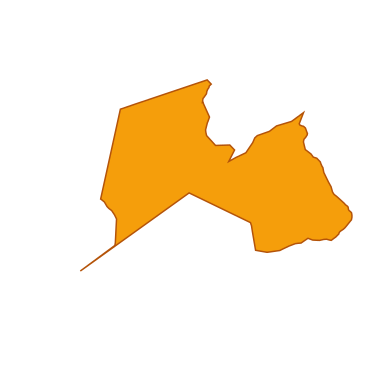 outline of San Juan Coatzóspam, Oaxaca, Mexico, rotated 243°
{"feature_id": "50627088B11377983715698", "entity_name": "San Juan Coatzóspam", "entity_type": "district", "adm_level": 2, "iso_a3": "MEX", "parent_name": "Mexico", "parent_adm1": "Oaxaca", "projection": "equal_earth", "projection_center": [-96.749, 18.072], "detail": "fine", "context": "isolated", "style": "filled", "palette": "amber", "viewbox_px": 384, "rotation_deg": 243, "n_neighbors": 0, "source": "geoboundaries", "source_scale": "gbopen_adm2", "svg_char_len": 1754}
<svg xmlns="http://www.w3.org/2000/svg" viewBox="0 0 384 384"><g transform="rotate(243 192 192)"><path d="M192.5,189.0L138.2,230.2L135.8,229.8L135.2,229.8L129.2,227.8L120.2,225.0L111.2,222.2L109.3,224.7L104.2,231.5L103.0,234.9L100.9,241.1L100.0,243.7L100.0,246.8L99.8,253.8L99.1,260.5L98.2,263.1L97.0,266.0L97.5,269.6L98.1,274.3L95.6,276.6L94.4,277.7L92.2,281.5L91.8,282.3L91.0,283.6L89.9,288.0L89.4,289.1L88.9,290.4L86.8,292.7L85.7,294.1L86.0,296.0L86.2,296.8L86.6,299.6L88.0,303.8L88.3,303.9L89.0,304.8L89.4,305.4L89.7,306.6L90.1,309.9L90.6,311.8L91.3,313.5L92.0,315.1L93.0,317.3L94.0,319.5L94.7,321.1L94.8,321.4L95.8,322.2L97.0,323.1L98.8,324.0L101.0,324.7L101.9,324.5L102.8,324.2L103.8,323.7L104.6,323.5L105.5,323.5L106.8,324.0L107.7,324.2L108.3,324.2L109.1,323.9L110.3,323.3L111.2,322.8L112.3,322.7L119.8,319.9L122.6,318.8L125.3,317.5L128.1,317.2L133.6,318.3L138.7,318.1L144.9,318.2L149.6,318.3L154.4,319.7L155.8,319.5L159.1,319.7L160.5,320.0L165.5,318.5L168.0,315.9L171.8,315.3L178.4,312.2L186.0,314.0L188.1,315.6L189.1,318.1L190.6,320.6L191.9,321.5L192.1,321.4L197.5,322.1L199.9,321.2L200.9,320.0L202.7,318.5L204.1,318.5L212.1,327.4L209.7,312.7L212.5,297.3L210.9,288.5L212.6,275.8L211.7,272.5L208.4,268.5L202.5,257.8L202.8,246.9L202.5,238.6L210.1,249.0L216.7,247.0L222.8,234.1L235.6,230.6L238.8,231.4L241.2,232.3L246.8,237.2L247.5,238.1L250.8,241.6L265.5,242.3L266.9,242.6L267.0,241.9L270.3,244.2L270.8,245.4L271.9,247.5L272.9,249.4L273.9,250.2L274.7,250.7L276.3,252.5L277.3,254.4L278.6,255.5L279.4,258.1L285.0,256.4L296.0,182.0L298.3,165.8L227.2,107.4L226.5,107.8L222.9,109.4L217.6,109.7L215.0,110.5L211.9,112.0L206.7,112.6L202.2,112.5L181.5,100.6L179.4,99.0L172.3,56.6L192.5,189.0Z" fill="#f59e0b" stroke="#b45309" stroke-width="1.5"/></g></svg>